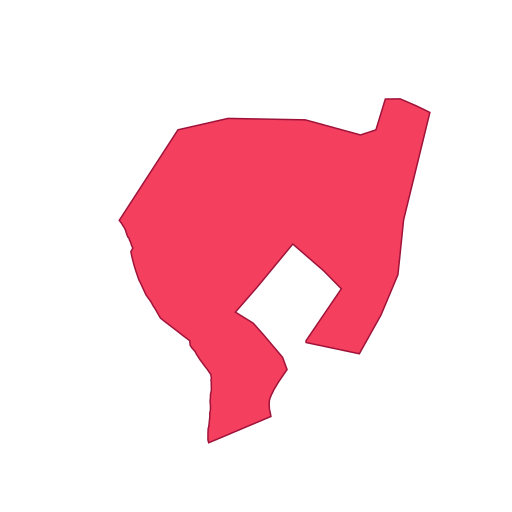 Town, Vieux Fort, Saint Lucia, rotated 17°
{"feature_id": "8701671B64489112890700", "entity_name": "Town", "entity_type": "district", "adm_level": 2, "iso_a3": "LCA", "parent_name": "Saint Lucia", "parent_adm1": "Vieux Fort", "projection": "robinson", "projection_center": [-60.954, 13.728], "detail": "fine", "context": "isolated", "style": "filled", "palette": "rose", "viewbox_px": 512, "rotation_deg": 17, "n_neighbors": 0, "source": "geoboundaries", "source_scale": "gbopen_adm2", "svg_char_len": 1412}
<svg xmlns="http://www.w3.org/2000/svg" viewBox="0 0 512 512"><g transform="rotate(17 256 256)"><path d="M329.2,324.1L383.4,319.3L392.8,275.8L397.2,232.4L392.3,207.3L386.6,178.3L380.3,67.9L366.6,65.7L347.9,63.6L338.2,66.7L336.7,67.1L333.8,68.1L333.8,100.3L320.5,109.7L263.3,111.4L189.0,132.6L144.5,158.1L114.8,261.9L117.9,264.1L121.6,267.3L123.7,269.5L125.8,272.7L127.8,275.2L128.2,275.5L129.5,276.2L130.2,277.6L131.6,279.0L134.2,282.6L135.9,284.4L135.5,286.3L135.1,288.5L137.2,292.4L140.4,297.8L142.8,301.6L145.2,305.1L151.0,313.1L153.9,316.1L159.0,321.8L162.1,325.3L166.0,328.3L168.7,330.3L172.5,334.0L174.9,335.9L181.9,342.5L182.9,343.4L190.1,346.2L199.3,349.6L208.7,353.2L217.4,356.4L219.2,360.7L221.8,362.8L225.7,365.2L228.1,367.6L232.6,371.4L239.3,376.4L242.3,378.4L247.5,382.6L248.2,384.2L249.1,385.8L249.1,387.4L250.2,390.1L251.5,394.1L252.6,397.6L252.9,401.4L253.9,405.2L254.6,408.6L255.9,411.6L257.0,415.0L257.6,417.5L257.6,419.3L258.8,423.1L260.2,430.2L260.8,433.6L260.6,434.5L261.8,439.2L263.8,445.9L264.9,447.7L265.4,448.4L317.2,405.1L315.4,401.6L313.7,398.7L312.7,396.0L312.0,394.0L311.3,391.3L311.0,390.0L311.0,388.2L311.1,386.4L311.4,383.6L311.8,381.5L312.2,378.6L314.4,369.8L318.9,355.5L311.0,345.1L296.4,335.7L287.1,329.7L273.1,321.1L252.7,315.7L266.1,285.7L287.7,233.8L325.1,250.4L335.0,255.8L347.2,262.4L328.6,322.4L329.2,324.1Z" fill="#f43f5e" stroke="#9f1239" stroke-width="1.5"/></g></svg>